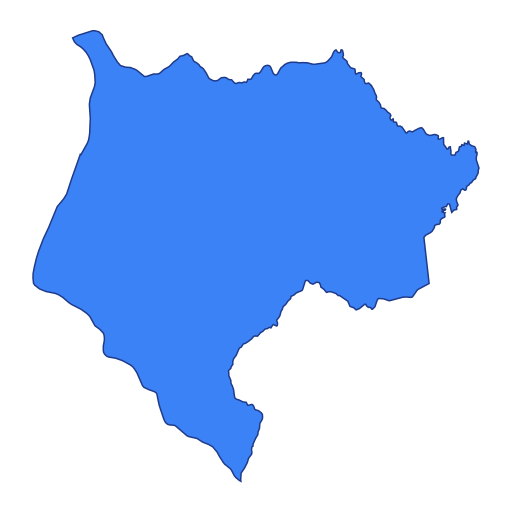 Venecia, Antioquia, Colombia (Equal Earth projection)
{"feature_id": "7082276B7520303523515", "entity_name": "Venecia", "entity_type": "district", "adm_level": 2, "iso_a3": "COL", "parent_name": "Colombia", "parent_adm1": "Antioquia", "projection": "equal_earth", "projection_center": [-75.75, 5.946], "detail": "fine", "context": "isolated", "style": "filled", "palette": "blue", "viewbox_px": 512, "rotation_deg": 0, "n_neighbors": 0, "source": "geoboundaries", "source_scale": "gbopen_adm2", "svg_char_len": 5935}
<svg xmlns="http://www.w3.org/2000/svg" viewBox="0 0 512 512"><path d="M240.9,481.3L240.7,479.4L241.1,473.1L244.5,468.1L247.3,462.6L248.6,458.2L251.4,454.5L251.8,453.6L251.9,452.0L251.5,449.8L251.9,446.9L253.0,446.1L253.1,443.9L255.7,438.2L257.8,434.7L258.1,431.9L259.5,428.4L259.8,423.6L262.3,419.2L262.6,417.0L262.4,414.4L261.4,412.9L258.6,410.7L255.2,409.7L254.5,408.7L253.7,406.2L252.5,404.6L251.4,404.5L247.9,405.4L246.1,402.2L243.2,402.0L238.6,399.8L236.9,399.4L235.4,398.5L234.6,397.2L233.5,389.3L232.3,385.9L231.0,383.4L230.8,380.3L228.8,375.7L228.8,372.6L228.5,371.3L228.7,370.4L230.8,368.4L231.2,366.6L232.8,364.5L232.8,361.3L233.6,358.8L236.2,355.3L239.0,348.8L240.0,347.7L241.3,347.1L243.3,343.9L245.3,343.4L248.1,341.6L251.7,338.8L253.2,336.9L254.4,336.0L257.6,336.1L260.4,332.8L263.0,331.2L265.2,328.9L267.4,328.6L269.3,327.3L270.9,327.9L272.6,325.2L273.5,324.5L276.4,326.0L277.2,325.6L277.4,325.0L277.5,322.8L276.8,321.1L276.7,320.2L279.1,317.1L279.9,315.6L281.0,311.5L282.2,309.5L283.2,306.6L285.7,304.4L288.1,300.9L290.6,298.7L291.0,296.4L294.0,295.0L296.3,292.9L302.0,290.5L302.7,289.3L305.1,281.6L305.5,280.7L306.1,280.4L308.0,280.6L310.4,283.2L312.9,284.2L316.7,282.2L319.3,282.6L320.6,285.2L320.8,287.0L323.9,289.3L326.4,292.3L326.8,292.4L328.8,291.7L331.2,291.8L336.0,293.5L338.2,295.6L339.7,295.6L347.8,301.2L350.0,306.4L353.8,307.8L356.1,309.9L359.4,308.6L364.9,304.1L365.7,304.3L366.6,306.0L367.7,306.9L368.4,307.3L370.6,307.5L371.6,309.1L372.5,309.2L374.9,306.8L377.3,299.9L378.5,298.5L383.4,298.8L389.3,300.8L402.8,297.2L406.6,297.0L410.7,297.4L412.4,297.0L417.1,290.3L417.9,289.5L429.1,283.5L423.9,237.3L425.7,235.2L430.3,232.7L432.0,231.4L434.3,227.7L434.7,225.6L436.1,224.7L439.3,224.1L440.3,222.8L440.3,220.5L440.9,219.3L442.5,218.1L444.6,217.2L444.9,216.4L444.6,213.8L445.1,212.9L443.9,212.8L443.4,212.1L442.4,212.1L442.0,211.8L442.0,211.2L444.8,210.3L445.5,209.7L445.6,209.2L445.2,208.9L442.3,209.4L441.9,209.0L441.7,208.3L442.0,207.9L445.3,206.6L446.4,206.5L447.6,204.0L448.2,203.8L449.5,204.1L451.7,212.4L454.1,210.0L456.6,209.5L456.8,209.1L456.6,208.0L456.8,206.7L457.9,205.4L458.0,204.9L456.6,201.4L456.3,198.7L457.8,195.6L459.9,193.1L460.9,190.0L462.7,188.9L464.7,190.2L465.7,190.1L466.4,188.8L466.5,187.0L467.1,186.1L469.1,184.8L469.9,183.3L471.4,182.7L473.4,179.9L475.1,179.0L475.9,178.0L476.0,177.1L477.9,173.6L478.2,172.5L478.2,170.4L479.0,168.1L476.3,159.9L476.3,157.1L477.1,154.1L477.0,152.3L476.6,152.0L475.8,152.5L475.5,151.8L476.0,149.4L474.7,146.7L471.6,145.7L469.3,144.1L468.7,141.2L468.1,141.1L467.3,144.0L464.5,143.1L464.0,145.4L461.8,144.7L461.3,146.3L459.5,146.8L458.6,150.6L458.2,151.4L456.0,152.4L454.9,155.2L451.5,155.0L450.8,154.2L451.0,151.7L450.3,146.8L449.1,147.0L447.9,149.0L447.2,149.2L443.7,144.3L443.5,137.7L442.8,137.6L439.5,139.2L438.8,139.1L438.2,139.0L438.1,138.5L438.4,136.6L438.3,135.9L437.6,135.3L436.5,135.1L435.9,134.6L434.3,134.5L429.9,135.5L426.6,134.3L425.4,132.9L423.4,129.4L422.1,128.0L421.2,127.7L419.0,128.3L414.3,130.7L412.6,131.9L409.3,131.0L407.9,131.7L406.8,133.0L406.0,132.9L402.0,127.1L400.3,126.1L397.9,126.2L397.2,125.1L396.5,122.7L396.1,122.2L393.7,122.0L393.4,121.6L393.3,119.1L393.1,118.8L391.7,120.1L391.3,120.2L390.8,119.8L390.1,118.5L390.0,117.3L390.9,115.6L390.0,113.8L387.5,112.0L386.1,110.2L384.1,108.5L381.3,108.0L380.9,107.4L380.5,104.9L378.9,102.2L376.3,99.8L376.2,98.8L376.6,97.1L376.2,95.4L375.1,93.5L373.8,89.8L371.2,85.2L370.6,85.1L369.7,83.8L368.6,83.0L366.1,83.7L365.1,83.3L364.3,81.3L364.1,79.4L361.2,76.9L360.9,76.3L361.6,74.0L361.4,73.1L361.0,72.6L358.9,72.7L356.1,74.1L355.5,73.8L355.1,69.9L354.7,68.9L351.3,68.0L350.2,67.2L347.5,63.6L347.0,61.3L342.9,57.8L342.6,56.9L343.4,55.5L343.3,53.7L342.5,50.4L341.7,49.8L341.1,49.9L340.8,50.4L340.6,52.2L339.5,52.7L337.9,52.5L336.0,49.9L334.7,50.6L333.6,52.1L331.6,56.8L328.2,60.6L326.3,62.2L324.6,62.9L314.5,64.3L312.3,64.1L307.4,62.8L302.8,62.6L299.0,62.9L296.5,62.3L290.5,62.3L287.2,63.2L284.7,64.6L280.7,68.1L277.7,73.6L276.9,74.6L276.1,75.0L275.1,75.0L273.3,73.5L270.9,67.7L270.3,66.6L269.3,65.7L267.4,65.3L265.3,65.8L263.9,66.6L262.9,67.9L260.5,71.8L259.1,73.3L255.9,73.3L254.9,73.7L253.0,75.8L251.3,79.0L250.6,79.3L247.8,79.3L247.1,81.4L246.3,82.4L244.1,81.9L241.9,82.9L239.2,82.5L235.9,83.5L234.5,83.0L231.6,79.8L228.7,79.5L226.7,78.0L225.0,77.4L221.4,77.7L217.7,80.4L215.8,80.9L213.5,80.8L209.9,79.0L208.7,77.9L206.2,73.0L203.3,68.7L201.4,67.2L200.5,67.0L198.8,64.5L196.2,62.5L194.3,61.6L193.4,60.5L191.7,56.8L189.5,55.7L188.0,54.0L187.1,53.6L183.4,55.5L179.9,56.3L177.8,58.9L173.5,62.1L170.0,65.8L168.4,67.0L164.3,69.2L159.5,73.4L157.2,74.1L153.6,74.0L146.6,76.4L144.4,76.5L137.0,70.4L135.3,69.4L130.4,67.5L125.7,67.2L120.5,65.6L117.4,62.0L113.7,56.1L111.4,51.6L106.2,43.9L103.4,37.9L102.3,34.9L98.9,31.8L95.0,30.8L92.7,30.7L78.4,35.2L72.6,37.9L74.4,41.8L76.8,44.4L80.6,46.8L83.3,49.1L86.2,52.4L88.2,55.5L90.2,59.5L94.0,70.1L94.7,74.4L95.2,82.5L94.5,86.5L90.3,97.9L89.5,103.0L89.4,105.2L90.3,118.4L89.7,132.7L89.3,136.1L88.6,139.9L87.4,143.1L80.9,154.7L80.3,154.3L80.1,154.9L71.5,179.2L66.7,193.9L63.8,198.7L57.2,206.7L48.6,227.6L43.3,238.9L38.6,251.2L36.3,258.7L34.3,267.2L33.1,273.6L33.0,278.0L33.5,283.2L34.9,285.3L39.7,289.0L46.3,291.6L55.0,293.3L58.7,294.8L62.7,297.3L68.7,302.5L71.5,304.4L80.9,309.2L86.7,313.3L89.8,316.4L95.0,325.8L99.7,329.2L103.4,333.2L104.1,335.3L104.4,338.2L104.3,340.6L103.3,346.1L103.3,350.5L103.7,352.6L104.9,354.5L106.5,356.0L108.5,357.0L115.6,358.2L122.4,360.6L130.3,364.9L132.6,366.6L134.9,369.5L137.1,373.2L142.5,385.6L143.9,387.3L148.7,389.6L154.5,391.7L156.0,392.7L156.8,393.7L159.1,404.9L160.5,409.3L163.9,419.3L165.2,422.0L166.5,423.5L168.1,424.5L170.3,425.0L173.8,425.2L175.3,425.7L186.8,435.6L188.4,436.5L197.1,438.5L202.6,442.1L208.7,444.5L212.7,446.8L217.2,452.2L219.3,456.2L223.2,462.3L224.6,464.1L230.3,468.7L231.4,470.1L234.3,475.7L235.9,477.6L239.3,480.4L240.9,481.3Z" fill="#3b82f6" stroke="#1e3a8a" stroke-width="1.5"/></svg>